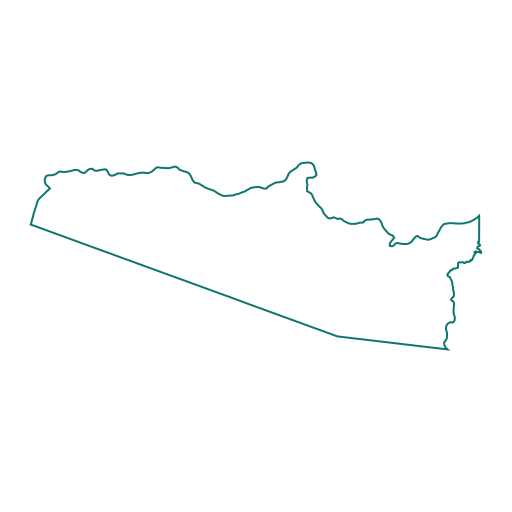 Guajará, Amazonas, Brazil (Mercator projection)
{"feature_id": "56859067B49673478876868", "entity_name": "Guajará", "entity_type": "district", "adm_level": 2, "iso_a3": "BRA", "parent_name": "Brazil", "parent_adm1": "Amazonas", "projection": "mercator", "projection_center": [-72.639, -7.252], "detail": "fine", "context": "isolated", "style": "outline", "palette": "teal", "viewbox_px": 512, "rotation_deg": 0, "n_neighbors": 0, "source": "geoboundaries", "source_scale": "gbopen_adm2", "svg_char_len": 4920}
<svg xmlns="http://www.w3.org/2000/svg" viewBox="0 0 512 512"><path d="M447.6,349.4L445.6,347.5L444.3,345.1L444.1,342.5L445.6,340.6L446.6,338.8L447.1,336.7L446.9,332.1L446.1,329.9L446.0,327.8L446.3,325.8L447.9,323.5L450.2,322.2L452.7,322.6L454.3,321.1L454.9,318.5L454.5,316.0L453.7,314.0L453.5,309.7L454.1,304.5L453.8,302.2L453.3,301.5L452.3,300.8L451.6,300.5L451.1,299.9L451.2,299.0L452.0,298.1L452.8,297.3L453.6,296.6L454.0,295.8L453.8,295.0L454.0,294.2L454.0,292.9L453.5,291.9L453.4,290.9L453.3,289.9L453.0,288.7L453.2,287.1L452.7,286.2L452.4,285.2L452.4,284.2L452.3,282.9L452.0,282.0L451.7,281.0L451.2,280.0L450.7,279.0L450.3,277.8L449.5,276.9L448.4,276.5L447.6,275.6L447.4,274.5L448.2,273.3L448.9,272.5L449.5,271.9L450.0,270.9L451.1,270.2L451.9,270.3L452.5,269.4L453.3,268.7L454.4,268.5L455.7,268.3L456.7,268.1L457.9,267.7L458.1,266.8L457.8,266.0L458.1,265.1L458.1,263.9L458.2,262.9L459.1,262.2L460.4,262.5L461.6,262.2L462.8,262.2L464.1,263.0L465.1,263.1L465.7,262.3L466.6,261.7L467.9,261.9L469.0,261.9L469.8,261.2L470.4,260.2L471.2,260.6L472.0,259.9L472.5,259.0L472.7,258.0L473.2,257.5L473.5,256.7L473.8,255.7L474.5,254.6L475.1,253.9L475.0,253.0L474.5,252.2L475.2,251.8L476.0,251.3L476.5,252.4L477.7,252.2L478.7,251.9L479.5,252.3L480.4,252.5L481.0,252.9L481.3,252.0L480.6,251.1L480.0,250.4L479.3,249.4L478.1,248.9L477.1,248.2L477.4,247.3L478.1,246.3L479.4,246.0L480.1,245.3L479.5,244.2L478.6,243.6L477.9,242.8L478.2,241.8L479.1,241.6L479.2,219.3L479.1,215.8L476.9,217.9L473.3,220.1L471.0,221.3L468.8,222.3L466.7,222.5L464.5,223.3L459.7,223.6L456.4,223.5L454.9,223.4L451.6,223.2L450.5,223.1L448.4,223.3L446.2,223.7L444.0,224.1L443.1,225.0L442.3,225.8L440.8,227.5L440.0,229.4L438.8,231.6L437.5,233.5L436.9,235.4L436.2,236.2L435.5,236.9L434.1,237.6L431.2,238.9L428.9,239.7L427.6,239.6L426.4,239.5L421.7,238.4L419.6,237.6L417.6,235.9L415.6,236.7L414.1,238.3L412.7,240.2L411.2,242.1L410.0,242.8L408.7,243.5L406.8,244.0L405.5,244.0L404.2,244.1L403.2,244.0L401.8,243.8L401.0,243.7L399.8,243.5L397.3,242.9L396.3,243.3L395.1,243.7L393.9,245.4L392.0,246.3L389.8,245.8L389.9,243.2L391.2,241.4L392.3,240.1L392.9,239.3L394.2,237.5L392.6,235.5L390.6,234.8L388.1,233.3L386.7,231.5L385.1,229.9L383.5,227.8L382.3,225.3L381.8,223.6L380.8,221.5L379.6,219.9L377.7,218.6L371.1,219.5L368.4,219.6L366.4,219.9L364.6,220.8L363.3,222.5L360.8,222.6L359.7,222.8L358.5,222.9L356.0,223.8L351.0,223.9L348.9,223.4L347.0,222.6L345.2,221.7L343.2,220.5L341.4,218.9L339.4,218.5L338.7,218.8L337.7,219.1L335.4,217.8L334.4,217.6L333.4,217.3L331.6,218.2L329.3,218.4L327.5,217.6L326.8,216.8L326.2,216.0L324.7,214.6L323.5,212.9L322.6,210.4L321.4,208.5L318.0,205.1L315.3,201.9L313.2,197.8L312.7,196.4L312.2,195.1L311.0,193.4L307.1,191.1L307.1,190.3L307.0,187.9L307.4,185.1L306.7,180.2L307.5,178.0L309.8,177.7L312.5,177.6L314.5,176.9L316.4,175.2L316.2,172.8L315.2,170.4L314.0,166.0L313.2,164.9L312.5,163.9L310.6,162.8L308.3,162.6L306.2,162.6L304.1,162.9L302.0,163.1L300.2,163.9L298.3,165.5L296.9,167.5L290.2,171.9L288.8,173.6L286.7,178.1L285.9,179.5L284.1,181.1L281.6,181.8L279.1,182.2L276.8,182.4L274.7,183.0L270.0,185.6L268.2,186.5L266.6,188.4L265.4,188.6L264.0,188.5L262.8,188.3L261.7,187.9L260.8,187.6L259.9,187.2L258.9,187.0L257.7,187.0L256.4,187.0L255.2,187.2L254.1,187.3L252.8,187.5L251.9,187.7L250.9,187.9L250.1,188.3L249.0,189.0L246.5,190.4L244.7,191.5L242.2,192.3L238.4,193.9L235.8,194.4L233.5,195.3L232.5,195.4L231.4,195.6L226.2,195.8L224.3,196.1L223.0,195.7L221.8,195.4L218.1,193.5L214.1,190.8L208.5,188.8L206.1,187.9L205.1,187.5L204.4,187.0L202.4,185.6L198.6,183.5L194.5,182.5L192.8,180.4L190.7,175.9L189.6,174.0L187.9,172.6L185.7,171.7L183.6,171.3L179.5,169.7L177.9,167.8L175.6,166.6L173.4,166.9L170.6,167.8L168.2,168.2L166.1,168.1L163.3,167.9L160.7,167.8L157.8,167.2L155.8,168.0L154.7,169.1L152.4,171.2L150.0,172.5L147.7,173.2L142.6,172.6L138.0,173.2L135.6,173.9L133.6,174.5L131.3,174.9L129.2,175.1L127.1,174.8L124.6,173.7L122.5,173.4L120.3,173.4L117.5,173.5L115.7,174.6L113.2,175.6L110.6,175.6L109.9,175.0L108.7,173.9L107.7,171.6L106.2,169.5L104.2,169.4L101.5,169.8L97.0,170.8L94.4,170.5L92.3,168.8L89.9,168.9L88.1,169.8L85.5,172.2L84.6,173.0L82.4,172.7L80.5,171.9L78.6,170.4L75.9,169.8L73.9,170.1L71.5,170.8L69.4,171.3L64.3,172.1L60.0,171.5L58.1,172.2L56.6,173.6L54.7,174.5L52.6,175.2L50.4,175.2L48.0,175.3L46.1,176.2L45.1,178.1L44.7,180.4L45.2,183.3L46.5,185.2L48.5,186.8L49.9,188.6L47.3,190.9L41.9,196.2L39.9,198.0L38.5,199.5L37.1,202.3L36.3,205.6L33.7,213.4L33.2,215.9L32.8,217.2L31.7,221.0L31.3,223.1L30.7,224.6L33.7,225.6L76.1,241.1L149.1,267.7L178.4,278.4L183.0,280.0L212.5,290.8L220.7,293.8L227.2,296.1L253.4,305.8L303.4,324.0L309.1,326.1L314.1,327.9L316.1,328.6L325.4,332.0L327.8,332.9L332.0,334.4L332.9,334.8L333.7,335.1L335.1,335.6L336.5,336.1L337.5,336.4L349.2,337.8L354.0,338.4L356.6,338.7L363.1,339.4L365.3,339.7L385.8,342.1L395.8,343.3L397.5,343.5L421.0,346.3L447.6,349.4Z" fill="none" stroke="#0f766e" stroke-width="2"/></svg>